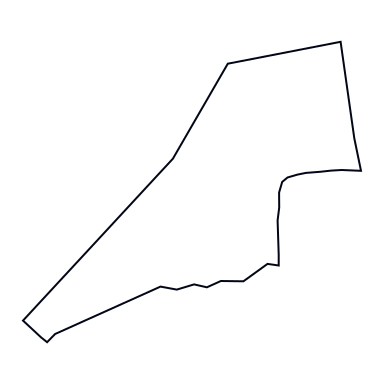 Al-Arbiin, As Suways, Egypt
{"feature_id": "37247803B66278795403604", "entity_name": "Al-Arbiin", "entity_type": "district", "adm_level": 2, "iso_a3": "EGY", "parent_name": "Egypt", "parent_adm1": "As Suways", "projection": "natural_earth1", "projection_center": [32.54, 29.979], "detail": "fine", "context": "isolated", "style": "outline", "palette": "ink", "viewbox_px": 384, "rotation_deg": 0, "n_neighbors": 0, "source": "geoboundaries", "source_scale": "gbopen_adm2", "svg_char_len": 515}
<svg xmlns="http://www.w3.org/2000/svg" viewBox="0 0 384 384"><path d="M361.0,170.8L354.3,138.3L340.6,41.8L227.8,63.7L180.0,146.4L172.9,158.7L147.7,185.9L91.9,246.2L38.8,303.5L23.0,320.6L41.1,337.4L47.1,342.2L55.1,334.0L160.5,286.6L176.8,289.6L194.1,284.4L206.9,287.3L220.9,281.0L243.4,281.3L267.5,263.9L278.7,265.5L278.7,254.6L277.6,220.4L279.2,207.6L279.1,192.5L282.2,181.9L287.5,177.5L297.5,174.6L305.9,172.9L320.1,171.8L331.1,170.6L341.6,170.0L361.0,170.8Z" fill="none" stroke="#020617" stroke-width="2"/></svg>